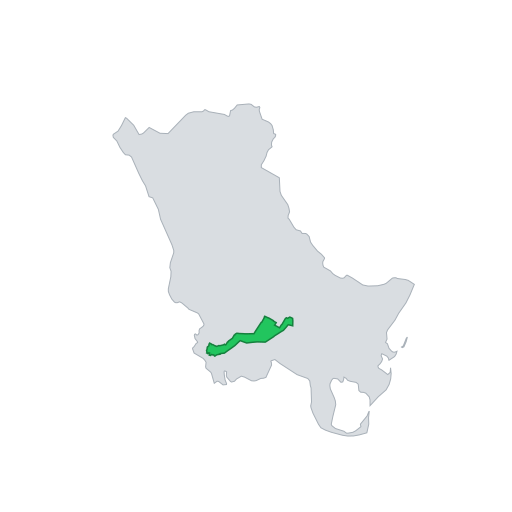 Akdepe, Tashauz, Turkmenistan shown in context, rotated 210°
{"feature_id": "10190150B20893258254384", "entity_name": "Akdepe", "entity_type": "district", "adm_level": 2, "iso_a3": "TKM", "parent_name": "Turkmenistan", "parent_adm1": "Tashauz", "projection": "equal_earth", "projection_center": [58.748, 41.039], "detail": "fine", "context": "in_parent", "style": "filled", "palette": "green", "viewbox_px": 512, "rotation_deg": 210, "n_neighbors": 0, "source": "geoboundaries", "source_scale": "gbopen_adm2", "svg_char_len": 5646}
<svg xmlns="http://www.w3.org/2000/svg" viewBox="0 0 512 512"><g transform="rotate(210 256 256)"><path d="M161.1,173.8L181.6,174.9L187.9,175.8L190.5,172.8L190.4,172.1L189.5,171.5L188.0,169.4L186.7,155.8L188.5,153.8L190.6,152.4L193.6,148.1L195.2,146.8L197.5,145.7L205.3,145.4L208.6,144.6L211.4,139.7L212.0,136.8L214.2,134.6L215.4,134.6L220.7,136.5L221.8,137.5L223.6,141.1L225.6,140.9L225.9,140.3L225.6,139.5L224.1,137.3L220.8,133.2L217.6,130.7L217.3,129.9L220.1,127.9L225.7,128.7L227.1,128.1L228.5,124.9L235.9,132.1L237.3,132.8L243.1,133.8L244.2,134.8L246.1,139.0L248.1,140.1L250.6,140.9L261.1,141.0L264.4,143.8L264.9,144.5L264.3,146.5L264.1,150.3L263.3,151.8L263.8,152.5L267.5,154.0L269.8,156.5L270.0,157.6L269.4,158.3L267.6,157.9L266.8,159.0L266.8,161.0L268.0,162.9L268.4,164.6L266.7,168.6L266.6,170.2L267.2,171.2L276.7,177.2L278.2,177.4L287.3,176.3L289.1,176.9L297.1,178.3L299.3,178.1L300.8,176.2L302.2,175.4L303.6,175.3L307.4,176.6L311.5,179.2L314.2,181.5L315.5,183.7L319.4,195.5L321.9,200.3L324.8,202.8L326.8,207.4L328.8,217.5L329.9,219.6L334.3,223.6L357.0,240.1L363.9,247.6L374.5,254.7L378.3,253.9L386.7,261.5L392.0,264.4L398.9,269.0L413.3,279.5L416.3,279.9L419.7,278.4L422.7,279.3L428.1,282.0L434.0,286.0L438.9,287.4L440.3,289.1L440.4,290.1L437.9,295.2L437.7,301.7L438.3,310.5L437.0,310.6L427.3,308.1L418.0,302.7L415.9,304.5L414.9,306.3L412.8,313.9L400.5,314.3L393.4,318.0L387.3,342.7L386.0,345.8L382.0,349.8L375.0,353.8L373.9,355.4L373.7,356.9L372.9,357.4L368.9,357.4L354.1,362.8L350.8,362.8L349.5,363.2L349.0,364.2L350.7,369.2L349.4,370.6L348.5,373.1L347.8,377.4L338.1,384.2L336.0,384.9L332.0,384.3L330.0,385.0L327.9,387.1L326.9,386.5L326.4,384.3L325.3,382.9L319.1,377.5L312.1,378.3L309.4,377.9L307.3,377.0L304.1,373.9L302.0,370.9L299.8,371.2L299.1,369.8L299.0,368.2L299.6,366.2L299.4,362.5L298.1,359.8L296.7,358.6L298.3,354.3L298.2,351.1L297.2,347.6L296.8,342.6L297.0,337.7L295.6,335.2L274.9,335.4L267.5,323.9L264.4,321.2L254.2,316.4L251.3,313.8L249.0,311.0L248.4,307.1L247.2,304.8L245.6,304.4L237.6,299.9L234.4,298.8L230.0,299.9L227.4,298.6L224.3,300.3L223.0,300.4L219.7,299.4L215.7,295.3L212.3,293.6L205.2,291.0L200.2,290.2L195.8,288.7L195.4,288.1L195.3,284.6L194.7,283.2L193.4,281.5L191.7,280.2L184.1,280.3L180.7,279.1L177.9,278.8L171.9,279.1L169.9,280.0L168.8,281.1L168.0,284.5L167.4,285.0L161.5,285.1L149.1,284.3L143.9,286.0L135.7,291.1L131.0,295.5L129.6,297.4L126.8,305.1L125.5,306.2L124.0,307.1L122.3,307.2L114.9,310.3L112.0,311.0L104.7,310.6L103.2,299.2L102.7,290.3L103.8,277.8L103.6,269.9L105.1,257.8L104.7,254.9L101.0,249.6L100.6,245.9L98.3,245.7L94.7,242.6L91.1,241.4L89.3,241.3L87.6,242.2L86.3,244.0L85.6,241.2L85.7,238.2L88.7,232.2L90.5,233.9L92.7,234.7L98.2,234.3L97.8,232.2L94.9,230.1L94.4,227.4L94.7,224.5L95.5,221.9L94.7,220.8L93.4,220.1L90.4,220.2L82.6,219.2L81.6,222.3L83.6,226.5L80.2,221.8L77.9,216.9L76.5,211.3L76.4,205.1L79.7,195.4L82.4,183.4L85.3,188.4L87.5,190.6L92.3,192.1L94.6,191.7L97.2,190.4L99.6,190.9L103.4,196.1L106.1,196.6L111.8,194.6L114.5,194.2L116.8,195.1L119.3,195.1L118.3,192.7L117.9,190.3L119.3,189.1L123.8,190.4L127.4,189.0L128.0,188.4L128.4,186.4L128.0,182.3L127.2,180.6L125.2,178.1L117.4,172.4L114.8,170.1L112.6,167.1L109.2,155.4L106.7,147.9L105.6,147.0L101.0,146.3L92.2,148.2L89.1,147.8L87.7,148.6L84.0,151.7L82.3,154.4L79.8,160.6L81.5,162.6L79.8,173.1L80.5,177.6L80.2,177.9L77.7,172.3L74.3,166.8L71.6,158.3L77.0,152.8L81.6,148.9L86.4,146.0L91.5,144.0L102.7,141.0L108.9,139.9L113.9,139.7L117.7,141.5L128.0,148.3L132.5,152.1L133.7,153.6L134.9,157.3L142.3,169.2L144.1,170.9L147.0,174.7L149.9,175.8L161.1,173.8ZM84.7,259.9L84.4,261.5L83.1,256.7L82.5,251.3L83.5,249.8L84.5,249.9L83.5,251.8L84.7,259.9Z" fill="#d9dde1" stroke="#a8b0b8" stroke-width="1"/><path d="M200.1,196.0L197.6,200.7L197.2,201.6L195.6,204.5L195.1,205.3L194.3,209.2L193.8,212.3L193.7,212.6L189.7,213.8L189.3,213.9L191.7,218.3L193.1,220.3L194.8,220.2L196.2,220.0L197.5,217.8L198.8,217.7L199.3,216.6L199.3,209.6L199.6,209.1L199.7,205.6L203.1,205.5L205.3,205.4L205.2,207.4L205.2,208.4L208.2,208.3L208.3,208.3L208.5,208.7L213.8,208.7L214.4,208.6L214.5,208.5L218.3,208.2L218.3,207.4L218.3,207.2L218.0,207.0L218.0,206.9L217.9,201.5L218.3,201.1L218.9,190.0L218.9,189.9L218.9,187.7L220.8,186.6L224.2,184.5L226.6,183.1L228.3,182.3L231.9,180.4L232.5,180.2L234.0,179.5L234.9,178.0L234.9,177.8L234.9,176.9L235.1,176.8L235.3,176.7L235.3,173.1L235.3,172.9L235.7,172.1L236.5,170.3L237.3,168.6L237.3,167.4L237.7,167.2L237.7,165.0L237.7,164.2L237.8,164.0L237.9,163.8L238.0,163.8L238.8,163.8L239.3,163.8L239.4,163.3L239.4,163.1L241.2,161.4L241.7,160.9L242.3,160.4L242.7,160.1L242.8,160.0L243.1,160.0L243.4,159.9L244.7,158.1L244.9,158.0L245.9,158.0L246.1,157.7L246.8,157.7L247.7,157.7L248.7,157.7L249.1,157.7L249.8,157.3L250.2,157.1L250.8,157.5L252.6,157.4L252.6,156.6L252.6,156.1L252.4,155.7L252.1,155.2L252.0,154.3L252.2,154.0L252.4,153.4L252.6,153.1L252.6,152.7L252.4,152.5L252.3,152.4L252.3,152.2L252.3,151.7L252.0,151.4L251.7,150.8L251.7,149.6L250.1,147.9L250.2,147.4L249.9,147.4L249.2,147.3L249.1,147.6L249.0,147.8L248.9,147.8L248.7,148.1L248.6,148.3L248.5,148.6L247.7,148.8L247.6,148.5L247.6,148.4L247.5,148.0L247.5,147.8L247.3,147.6L247.2,147.4L247.1,146.8L246.8,146.8L245.5,147.2L245.5,147.5L245.5,148.3L245.4,148.3L244.9,148.6L244.5,148.7L243.8,148.7L243.2,149.3L242.1,148.7L241.6,148.7L241.5,148.9L241.4,149.1L241.0,150.0L240.6,150.8L239.7,151.6L238.7,152.4L238.8,152.4L238.8,152.8L238.0,153.8L234.8,156.1L233.2,159.8L231.5,163.4L229.5,167.9L228.1,172.7L227.4,174.8L223.8,175.4L220.6,176.0L215.8,179.6L211.9,182.3L206.9,185.0L205.4,185.8L204.8,186.2L200.3,195.1L200.1,196.0Z" fill="#22c55e" stroke="#15803d" stroke-width="1.5"/></g></svg>